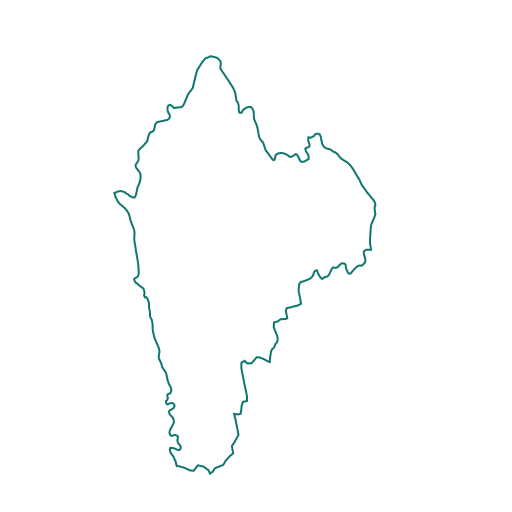 outline of Luninets, Brest, Belarus, rotated 79°
{"feature_id": "67162791B41216407156673", "entity_name": "Luninets", "entity_type": "district", "adm_level": 2, "iso_a3": "BLR", "parent_name": "Belarus", "parent_adm1": "Brest", "projection": "robinson", "projection_center": [26.952, 52.407], "detail": "fine", "context": "isolated", "style": "outline", "palette": "teal", "viewbox_px": 512, "rotation_deg": 79, "n_neighbors": 0, "source": "geoboundaries", "source_scale": "gbopen_adm2", "svg_char_len": 5651}
<svg xmlns="http://www.w3.org/2000/svg" viewBox="0 0 512 512"><g transform="rotate(79 256 256)"><path d="M362.7,262.8L357.3,261.2L352.3,259.3L350.5,257.9L349.6,256.0L346.2,253.8L344.3,251.4L341.3,250.5L338.2,250.5L329.3,252.2L324.7,251.0L324.4,247.4L322.8,243.8L323.4,239.3L323.1,237.2L319.7,237.2L315.4,237.2L313.0,235.7L313.0,233.1L313.0,231.5L312.7,228.6L312.7,226.5L312.4,223.6L311.4,220.8L309.9,220.8L304.7,220.8L301.6,220.8L298.5,220.8L296.1,220.3L291.8,218.9L290.0,217.0L290.0,214.8L289.3,210.6L288.4,206.8L286.9,204.6L285.3,203.2L282.9,202.2L281.7,200.3L281.7,198.9L285.3,198.4L289.0,197.0L291.2,195.6L289.9,193.0L289.9,190.4L288.7,188.2L286.6,186.6L283.5,184.4L281.9,182.5L282.9,179.9L282.6,178.0L280.7,175.7L279.5,173.1L280.4,170.5L281.9,169.7L285.3,170.0L289.6,169.0L291.1,168.1L291.1,166.2L289.3,164.1L287.1,161.2L285.6,158.6L285.0,156.5L285.6,153.6L283.2,150.3L281.0,149.4L278.9,149.4L275.8,149.6L273.0,149.6L271.8,148.9L270.9,146.5L271.8,141.9L268.0,141.7L265.4,141.6L261.7,140.9L257.9,140.0L254.2,139.0L249.2,137.6L246.6,136.5L243.3,134.3L240.9,132.6L237.6,130.8L235.4,130.8L232.6,130.6L230.8,130.2L228.5,129.0L226.3,129.2L224.7,129.5L223.0,130.2L221.0,131.5L218.0,133.0L214.7,134.9L210.5,136.7L206.6,138.6L200.5,140.0L195.2,142.1L192.0,143.1L186.9,145.1L183.7,146.9L181.1,149.0L179.5,150.8L177.6,152.8L176.7,153.7L174.3,155.3L171.7,156.4L169.7,158.1L168.4,160.1L165.6,162.7L164.2,165.6L163.4,166.9L162.5,168.0L160.6,169.0L159.0,169.5L155.1,169.7L151.0,169.7L148.6,170.3L147.6,172.1L147.7,174.6L149.4,176.4L149.8,177.9L150.3,180.1L149.5,181.8L151.9,182.6L154.3,182.6L156.7,182.2L158.6,182.6L159.3,184.1L159.3,185.6L160.0,187.1L162.1,187.1L164.5,186.2L167.2,185.4L168.9,185.4L170.8,185.8L171.1,186.6L172.2,189.6L172.6,191.8L172.0,193.9L169.6,194.9L167.0,195.4L164.5,196.4L163.5,197.6L164.3,199.2L165.2,201.6L165.4,203.6L163.5,205.4L162.2,206.6L160.6,209.1L159.6,211.8L159.6,215.1L160.7,217.5L163.4,218.5L164.8,219.3L165.3,220.3L164.6,221.3L162.7,222.1L160.7,223.2L158.6,224.0L156.9,224.8L154.7,226.1L151.8,226.7L149.6,226.9L146.1,227.4L144.6,228.3L142.3,229.5L139.5,230.3L136.2,230.2L131.3,230.1L128.3,230.3L126.3,230.6L123.9,231.2L121.1,231.7L117.9,231.4L116.2,231.1L113.4,230.7L110.3,231.6L110.1,231.7L108.6,232.9L108.3,234.7L108.6,237.5L109.4,239.3L110.4,241.1L111.6,242.0L112.7,243.0L112.2,244.9L109.0,245.1L105.3,244.3L102.0,244.5L99.7,245.6L96.3,245.5L92.6,245.3L89.4,245.6L86.1,246.6L82.3,248.1L77.8,249.9L73.1,251.9L68.7,253.8L65.0,255.2L62.9,254.8L60.8,253.8L58.4,253.7L55.7,255.0L54.2,256.4L53.1,258.1L52.1,260.5L51.2,262.6L52.0,265.3L52.2,267.8L53.9,269.9L55.8,272.2L58.8,274.9L61.1,277.2L62.7,278.5L66.6,280.4L69.6,281.8L72.1,282.9L75.8,284.6L78.7,285.8L80.5,287.6L82.0,289.3L83.6,291.2L87.6,294.1L90.5,296.0L92.9,297.6L95.0,299.4L95.6,301.1L95.3,304.0L95.1,308.2L93.4,309.4L91.2,311.2L91.5,313.3L93.5,314.6L96.3,315.0L98.6,314.8L100.0,314.1L101.9,313.7L104.0,314.5L104.9,315.8L105.5,317.0L105.7,326.3L106.0,328.1L107.8,329.9L109.7,330.7L111.6,331.4L113.3,332.5L114.4,334.5L114.5,336.3L116.2,337.8L118.9,339.3L121.9,340.6L123.4,341.7L124.0,342.8L125.9,345.2L127.6,347.7L128.9,349.8L130.2,351.4L133.4,352.1L137.1,352.4L139.6,353.2L141.6,354.7L142.8,356.2L144.3,357.0L146.2,356.9L148.2,356.0L150.5,354.7L153.3,353.8L155.2,354.0L158.0,354.6L160.3,355.6L162.5,356.7L164.7,358.2L166.0,359.2L169.3,360.5L171.5,361.5L173.0,362.2L174.6,363.1L175.4,364.2L175.2,365.4L174.6,366.4L173.3,367.9L172.5,368.9L170.9,370.0L170.0,371.3L168.0,373.2L166.5,376.0L166.3,378.0L166.4,380.0L166.8,381.0L167.0,383.0L168.1,383.0L171.0,382.7L174.8,381.7L178.5,380.1L181.4,377.7L184.2,375.5L186.8,374.1L190.0,372.9L193.9,372.4L196.6,372.4L201.0,371.8L204.5,371.0L207.4,370.6L210.6,370.9L213.7,371.7L216.0,372.3L220.0,372.6L224.1,372.6L228.5,372.9L232.5,372.9L238.1,373.0L244.7,373.5L251.0,374.5L253.4,375.8L254.2,377.1L254.6,378.7L255.3,380.0L256.7,380.0L259.0,379.3L260.3,377.9L261.6,377.1L263.3,375.7L264.8,374.2L266.5,372.7L269.2,372.4L271.3,372.5L273.4,373.4L275.3,373.0L275.3,371.8L276.7,370.9L280.5,370.1L282.5,370.2L285.6,370.8L288.0,370.9L290.4,370.7L293.0,371.2L295.1,371.6L297.4,370.9L298.7,370.5L300.8,370.5L304.1,370.6L307.1,371.3L309.9,371.5L312.7,371.5L317.4,371.2L320.1,370.6L323.0,370.0L325.9,369.3L328.7,368.9L330.9,368.9L333.4,369.6L335.7,370.6L338.3,370.9L340.4,370.2L343.4,369.5L347.5,369.2L349.9,368.1L352.5,367.0L355.1,366.5L358.5,366.5L360.4,366.6L363.5,366.1L365.5,365.8L367.3,365.1L369.8,364.6L372.9,365.1L374.6,366.7L374.6,368.3L375.4,369.6L377.6,369.8L378.8,369.6L380.3,370.5L381.3,372.1L382.5,372.3L384.5,371.8L384.7,370.5L384.2,369.3L384.2,367.2L384.7,365.6L386.1,364.6L387.9,364.6L389.5,365.9L390.3,367.7L391.2,370.4L392.3,371.2L394.6,371.0L396.7,369.9L398.6,368.6L400.1,368.2L402.4,368.1L403.9,368.5L405.9,369.9L407.5,371.1L409.3,372.9L411.6,374.2L413.5,374.8L415.9,374.1L416.6,372.2L416.3,371.1L416.1,369.9L417.3,367.8L418.5,367.1L419.9,367.5L421.8,368.3L423.4,368.4L425.6,367.9L426.7,366.9L429.4,366.3L431.4,367.2L431.8,368.9L430.6,371.1L429.3,372.8L428.4,374.8L428.1,376.7L429.1,377.4L431.1,377.5L432.9,377.4L436.2,375.7L437.7,375.2L440.3,374.7L442.2,374.1L444.0,374.1L447.0,373.9L446.9,373.4L450.1,366.9L453.9,361.7L454.9,358.2L450.4,353.0L452.8,347.6L457.3,343.5L460.8,342.7L459.1,339.1L456.6,337.0L454.8,328.0L451.0,324.7L447.4,319.8L445.3,316.0L441.5,316.0L438.0,316.0L434.5,312.5L428.2,307.3L424.7,307.3L413.5,307.3L406.8,307.6L408.2,303.5L407.9,301.1L403.7,299.7L400.2,298.6L396.7,296.7L396.6,292.4L391.4,291.6L377.8,291.8L363.4,291.8L358.0,290.7L356.7,287.2L359.6,285.3L360.5,281.0L358.0,277.7L355.5,274.6L356.2,271.9L358.7,268.0L362.2,263.8L362.7,262.8Z" fill="none" stroke="#0f766e" stroke-width="2"/></g></svg>